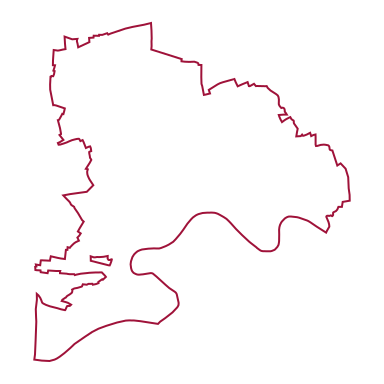 the district of Tien Lu, Thái Bình, Vietnam
{"feature_id": "81297802B93646092032264", "entity_name": "Tien Lu", "entity_type": "district", "adm_level": 2, "iso_a3": "VNM", "parent_name": "Vietnam", "parent_adm1": "Thái Bình", "projection": "orthographic", "projection_center": [106.119, 20.668], "detail": "fine", "context": "isolated", "style": "outline", "palette": "rose", "viewbox_px": 384, "rotation_deg": 0, "n_neighbors": 0, "source": "geoboundaries", "source_scale": "gbopen_adm2", "svg_char_len": 5774}
<svg xmlns="http://www.w3.org/2000/svg" viewBox="0 0 384 384"><path d="M102.2,34.9L99.1,34.8L99.0,35.8L93.7,35.7L93.5,37.6L89.1,37.9L89.4,42.1L78.2,47.3L77.5,43.5L76.9,41.3L77.0,39.9L77.4,38.9L72.2,39.3L64.6,36.6L65.0,43.8L65.5,49.1L62.7,49.6L59.2,50.4L57.8,50.6L53.7,50.0L53.0,60.4L52.9,65.2L55.0,65.3L54.4,67.6L53.4,70.7L54.6,71.1L54.0,74.3L53.2,76.2L51.4,76.0L51.0,76.9L50.5,76.9L50.1,84.5L50.2,89.7L52.6,102.0L53.2,105.2L54.3,105.1L56.2,105.5L64.8,108.4L64.3,110.8L63.4,114.1L62.3,113.8L61.2,116.0L59.4,119.2L59.2,119.6L58.5,120.1L57.9,120.2L60.0,128.1L61.0,133.6L61.0,134.1L59.5,135.0L63.4,139.9L59.9,142.1L57.9,143.0L58.6,144.7L60.1,144.6L63.7,143.5L66.8,142.4L69.2,141.3L71.9,140.2L74.5,139.5L76.6,139.0L78.1,138.8L78.9,138.8L79.3,139.1L80.4,141.1L82.6,140.1L83.6,142.1L85.9,148.0L88.8,146.7L90.1,146.4L90.7,147.8L91.0,149.2L91.2,151.1L89.3,151.8L89.2,152.0L89.2,152.5L89.3,153.6L89.8,155.9L90.0,157.6L90.2,158.1L90.8,158.9L91.3,159.9L89.8,162.7L85.9,168.8L87.1,169.0L87.8,169.3L87.2,171.3L87.2,172.7L87.4,174.4L87.8,175.7L88.6,177.6L89.5,179.4L90.9,181.6L93.3,185.2L86.8,191.8L70.2,194.1L63.3,195.4L66.3,198.6L69.1,201.4L70.0,202.5L70.9,204.4L71.5,205.1L74.1,206.8L74.6,208.2L78.0,213.1L82.1,220.1L83.7,221.6L79.7,228.2L77.9,231.5L80.7,233.4L79.3,235.6L77.4,237.6L78.9,240.7L75.7,242.2L74.0,243.4L72.4,244.9L70.0,247.4L69.8,247.8L67.6,247.2L67.4,249.9L65.9,249.9L64.9,259.0L60.9,258.5L57.8,257.9L50.8,256.3L49.9,260.7L41.6,260.3L40.8,260.4L40.2,265.2L38.7,265.0L35.9,264.5L36.4,266.5L35.2,266.8L35.4,270.0L36.6,270.2L40.5,270.4L40.7,272.2L47.6,273.2L48.2,270.5L56.1,271.0L60.2,271.0L60.0,271.7L60.0,273.2L66.8,273.7L68.0,274.0L69.9,274.2L74.2,274.2L74.8,275.1L76.5,274.6L80.8,273.7L87.7,273.0L89.1,272.8L94.8,272.5L101.8,272.4L105.0,275.7L105.9,276.9L102.9,279.7L102.4,279.2L102.1,279.3L98.3,282.0L98.3,282.5L98.5,283.1L98.1,283.3L95.8,284.1L92.8,284.7L92.4,283.8L88.4,283.9L86.8,284.7L82.8,284.3L82.0,286.4L81.1,286.8L77.4,287.9L74.6,288.4L73.5,288.8L73.3,289.0L72.1,289.6L72.4,290.4L72.3,291.1L72.1,292.2L71.6,293.0L69.6,294.5L67.4,295.8L66.6,296.5L65.9,297.5L65.2,297.8L62.3,299.8L62.2,300.1L62.3,300.2L61.8,301.0L65.8,302.1L67.9,302.8L71.1,304.7L70.1,305.7L69.7,305.9L67.4,306.0L67.0,306.2L65.4,309.8L65.2,310.1L64.7,310.1L61.0,309.3L57.4,308.2L49.9,306.3L46.0,304.9L43.4,303.6L42.4,302.9L41.9,302.0L41.3,300.2L40.2,297.8L38.5,295.4L36.8,293.9L36.9,299.7L35.8,309.1L36.1,317.8L36.2,319.5L36.3,321.7L35.6,340.7L35.0,354.5L34.3,359.6L41.8,360.6L49.5,361.0L54.6,359.6L56.9,358.5L59.7,356.7L64.3,353.2L70.2,348.1L74.6,343.9L84.9,336.8L92.1,332.0L98.5,328.7L106.4,325.8L117.1,322.5L125.7,320.6L129.1,320.4L134.2,320.5L140.5,321.2L158.0,323.9L160.1,321.7L165.1,318.2L172.5,312.4L177.3,307.3L178.4,305.4L178.6,303.9L178.6,302.7L176.8,294.5L176.4,293.5L175.7,292.5L174.7,291.7L169.3,288.1L165.5,284.8L156.5,276.6L152.9,273.6L151.9,273.2L150.7,273.1L143.1,274.3L138.8,274.7L137.1,274.5L135.5,273.9L133.6,272.9L132.3,271.4L131.7,270.2L131.1,268.2L130.6,264.3L131.0,261.3L132.4,257.1L134.1,254.4L135.7,252.8L137.5,251.3L139.9,250.2L142.0,249.5L148.2,248.7L153.6,248.4L159.0,248.5L161.0,248.0L165.8,246.1L168.8,244.6L173.2,241.8L175.7,239.2L180.2,233.9L183.3,229.7L187.4,223.7L191.2,219.2L193.0,217.4L195.8,215.4L197.1,214.7L198.5,214.1L202.6,213.0L206.8,212.7L211.8,212.6L214.6,212.8L215.8,213.1L217.6,213.7L219.9,214.9L223.6,217.0L226.5,218.9L228.9,221.2L231.0,223.4L236.0,229.0L242.0,235.0L249.2,241.7L250.8,243.0L256.6,247.5L256.9,247.9L260.0,250.2L261.3,250.9L263.0,251.2L270.2,251.3L271.7,251.0L274.4,249.9L275.0,249.5L277.3,247.0L278.5,244.9L278.9,242.9L279.1,241.1L279.2,234.4L279.1,229.7L279.4,227.2L280.0,225.0L281.2,222.5L282.1,221.3L284.3,219.0L285.3,218.1L287.3,217.0L289.0,216.5L290.7,216.5L294.4,216.9L297.1,217.2L299.1,217.7L307.1,220.5L308.4,221.1L310.5,222.4L316.5,226.5L326.1,232.6L327.0,230.7L329.3,226.7L329.3,226.1L329.1,224.3L328.5,222.0L326.3,216.8L326.6,216.1L327.1,215.8L328.1,215.7L328.9,215.9L329.6,215.9L330.6,215.4L331.0,215.4L332.0,216.1L332.3,216.1L332.6,215.8L333.1,215.0L333.1,212.8L333.2,212.5L333.8,212.1L335.9,211.1L336.8,210.1L337.3,209.6L338.4,206.9L341.9,206.9L342.7,201.9L349.7,200.7L349.6,194.9L348.7,188.4L348.2,177.2L345.6,168.7L340.6,163.4L337.3,165.5L332.4,150.5L331.3,150.3L330.1,149.9L329.7,149.4L329.3,146.7L328.7,145.7L328.1,145.3L325.6,144.8L323.9,144.6L320.7,144.9L317.4,145.9L316.0,146.0L315.6,144.6L315.6,136.9L315.5,134.5L313.4,135.0L311.2,136.1L310.1,132.8L306.7,134.6L304.0,135.6L303.0,135.8L302.1,134.6L300.8,136.1L296.3,136.4L297.0,132.1L297.7,128.7L294.1,123.6L293.8,122.8L293.8,121.3L293.6,120.6L291.6,119.3L291.3,118.9L290.3,117.1L289.2,117.6L286.3,119.1L284.7,120.1L282.0,122.1L280.5,119.4L279.3,116.6L278.8,115.0L283.8,114.6L286.8,114.6L285.9,113.1L284.8,111.7L284.7,110.1L284.5,109.1L283.9,108.2L283.1,107.8L282.3,107.7L281.3,108.0L279.7,106.1L278.9,104.6L278.8,103.6L278.9,99.5L278.5,97.0L277.8,95.5L276.5,94.4L275.8,93.9L270.5,90.5L267.7,87.9L266.7,86.1L265.4,86.2L256.9,86.0L255.9,86.1L254.0,83.8L250.1,86.0L249.4,86.2L248.9,86.1L247.6,82.1L242.4,84.2L237.7,86.3L235.7,82.2L234.4,79.0L223.0,82.2L220.0,83.2L217.6,84.4L208.8,89.9L210.0,93.5L205.5,94.6L203.9,94.9L202.2,86.0L201.5,83.9L201.3,77.1L201.4,65.0L198.5,64.9L198.3,63.6L198.2,63.3L197.7,62.9L196.8,62.5L194.3,61.7L189.3,61.9L184.8,61.7L181.5,61.3L181.5,60.0L181.7,59.1L151.3,49.5L151.6,46.1L151.5,41.2L151.7,38.6L151.5,30.7L151.0,23.0L146.6,24.1L144.2,24.7L132.6,26.9L125.4,28.6L110.5,33.6L108.2,34.6L107.2,33.2L102.2,34.9ZM107.7,256.0L107.6,258.2L107.7,258.7L108.4,259.8L108.8,260.0L109.2,260.0L110.0,259.9L111.4,259.3L111.6,259.3L111.8,259.4L111.5,260.8L110.4,263.9L109.7,265.4L108.6,265.3L90.8,260.8L90.7,256.3L93.7,257.3L94.4,257.3L95.3,257.3L97.0,257.0L99.4,257.1L103.5,256.8L107.7,256.0Z" fill="none" stroke="#9f1239" stroke-width="2"/></svg>